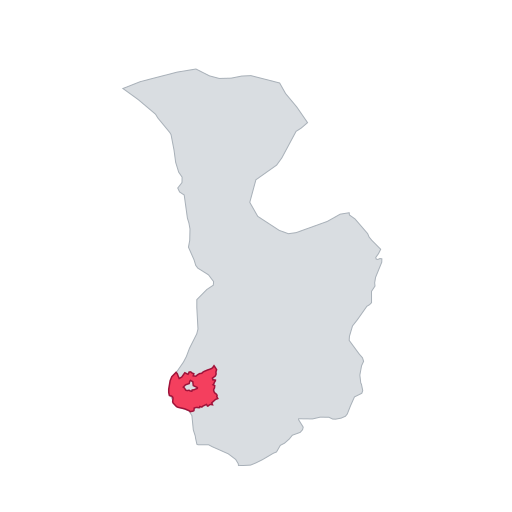 Daugavpils highlighted on a map of Latvia, rotated 74°
{"feature_id": "LVA-1081", "entity_name": "Daugavpils", "entity_type": "Municipality", "adm_level": 1, "iso_a3": "LVA", "parent_name": "Latvia", "parent_adm1": "", "projection": "mercator", "projection_center": [26.626, 55.932], "detail": "fine", "context": "in_parent", "style": "filled", "palette": "rose", "viewbox_px": 512, "rotation_deg": 74, "n_neighbors": 0, "source": "natural_earth", "source_scale": "10m", "svg_char_len": 3268}
<svg xmlns="http://www.w3.org/2000/svg" viewBox="0 0 512 512"><g transform="rotate(74 256 256)"><path d="M366.2,377.7L363.4,377.2L355.5,374.1L348.8,369.5L344.9,363.4L338.0,355.0L333.5,350.7L326.4,345.4L314.5,334.4L310.2,331.9L289.2,327.1L281.6,324.9L274.6,312.4L272.3,305.1L268.9,303.8L265.1,305.3L261.1,306.8L251.6,315.3L248.5,316.5L242.6,316.6L228.9,318.5L222.7,315.4L211.8,312.0L205.9,311.4L200.7,311.5L177.6,308.2L173.4,311.8L169.1,312.5L165.0,306.9L159.8,305.3L154.1,307.2L143.8,307.4L131.5,305.6L115.9,304.2L113.6,304.8L96.3,312.3L92.0,313.5L73.2,326.1L58.3,337.8L56.5,319.0L57.5,281.1L59.7,262.2L70.0,251.1L75.2,242.4L78.2,230.9L79.1,220.1L81.2,211.2L96.2,185.6L108.0,182.8L124.1,175.7L142.0,169.7L145.5,177.3L147.2,183.1L168.8,204.1L174.3,211.1L182.7,235.1L202.7,247.2L218.4,243.4L225.2,237.5L237.8,226.6L243.5,218.7L244.6,211.0L242.4,177.9L239.0,163.5L240.1,154.5L242.3,154.9L247.7,150.6L265.3,142.5L268.8,142.1L272.8,140.4L283.9,134.3L287.5,137.6L290.4,141.3L292.1,141.3L292.9,139.9L292.6,137.6L293.4,135.8L296.6,136.8L309.4,146.9L314.4,149.3L317.7,149.9L321.8,154.7L332.7,157.8L334.1,160.3L334.9,163.3L345.2,176.1L349.8,182.5L358.9,188.3L362.8,189.7L378.7,183.8L383.2,181.7L386.9,181.6L390.6,184.8L399.1,189.0L406.9,190.3L408.3,190.0L414.8,190.5L417.1,192.1L418.6,200.2L426.1,206.5L433.0,211.8L434.7,214.2L435.3,218.9L434.8,224.4L433.9,227.2L431.1,230.4L428.6,238.7L428.2,246.5L424.2,259.9L425.1,260.2L433.5,257.8L435.8,259.1L437.7,262.1L438.3,270.5L441.0,274.3L443.8,280.2L444.7,284.8L450.0,290.3L450.4,293.8L453.6,306.2L454.9,313.4L455.5,318.9L453.9,325.9L452.5,330.6L450.8,330.3L446.0,331.6L438.5,337.2L427.3,350.6L424.4,353.6L421.5,363.7L420.7,364.7L414.2,364.3L412.4,364.0L405.9,364.2L391.7,361.6L386.1,363.3L378.9,373.6L376.1,375.1L367.7,376.5L366.2,377.7Z" fill="#d9dde1" stroke="#a8b0b8" stroke-width="1"/><path d="M366.2,377.7L363.1,377.5L359.9,376.6L352.2,372.9L348.8,370.2L345.8,364.9L347.6,364.1L349.4,364.0L352.6,363.6L351.9,360.7L348.6,356.6L351.0,354.0L350.1,353.0L349.1,352.3L349.4,350.7L350.9,349.7L352.0,348.2L353.9,349.4L355.0,347.0L354.1,345.0L353.5,342.7L353.8,340.5L353.1,339.3L352.6,337.5L352.4,335.5L352.2,334.1L352.1,331.5L351.9,329.9L351.5,328.6L349.9,326.6L351.9,325.9L354.4,325.2L356.4,326.5L358.5,326.9L360.1,328.1L361.4,331.6L363.3,331.5L363.4,330.7L364.1,329.2L364.9,329.5L365.2,330.1L367.1,331.7L367.7,332.4L367.9,332.8L369.2,331.4L371.4,332.3L372.1,333.0L373.1,333.7L374.8,333.8L376.2,333.4L378.0,332.1L378.9,331.9L379.7,331.9L380.3,332.5L381.6,332.2L382.5,332.0L382.7,334.4L384.9,339.0L387.0,338.8L386.1,340.7L386.2,341.4L386.4,342.1L387.0,343.5L386.9,344.0L385.0,344.5L385.6,348.1L385.8,348.8L386.3,349.7L385.7,350.6L385.2,351.5L386.2,352.0L385.8,353.6L385.3,354.3L385.1,355.4L385.1,357.3L387.5,358.3L387.7,359.1L387.7,360.2L387.6,360.8L387.6,361.9L387.6,362.0L386.4,362.8L383.2,366.7L380.0,372.6L378.9,373.9L374.5,376.2L373.2,376.3L370.2,375.1L368.8,374.9L367.4,375.7L366.2,377.7ZM362.0,362.0L362.8,361.4L364.1,360.9L365.5,360.6L366.4,359.3L366.6,357.3L367.5,356.6L367.9,355.8L368.3,355.0L367.2,354.3L367.5,352.4L367.2,350.2L367.1,348.9L366.3,348.6L363.3,352.0L359.4,351.4L357.5,353.3L358.2,354.2L360.2,355.4L360.3,357.8L360.4,359.3L361.2,360.6L362.0,362.0Z" fill="#f43f5e" stroke="#9f1239" stroke-width="1.5"/></g></svg>